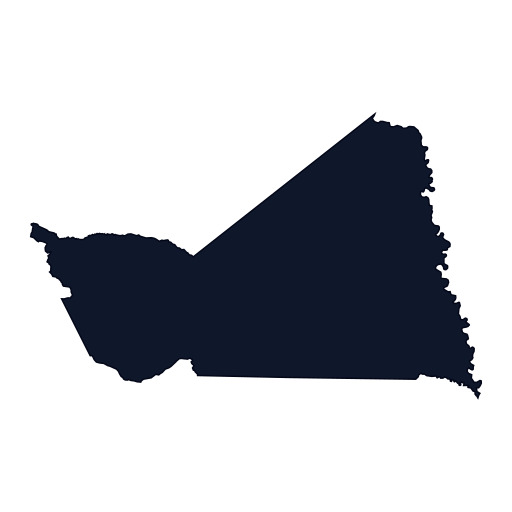 Loncopué, Neuquén, Argentina
{"feature_id": "61730980B52932124932957", "entity_name": "Loncopué", "entity_type": "district", "adm_level": 2, "iso_a3": "ARG", "parent_name": "Argentina", "parent_adm1": "Neuquén", "projection": "robinson", "projection_center": [-70.351, -38.002], "detail": "fine", "context": "isolated", "style": "filled", "palette": "ink", "viewbox_px": 512, "rotation_deg": 0, "n_neighbors": 0, "source": "geoboundaries", "source_scale": "gbopen_adm2", "svg_char_len": 6021}
<svg xmlns="http://www.w3.org/2000/svg" viewBox="0 0 512 512"><path d="M31.4,223.9L31.2,224.8L33.0,226.3L33.3,227.0L32.7,228.1L32.2,231.9L31.2,233.5L30.7,236.7L33.8,237.7L36.9,240.8L38.4,241.7L39.2,241.0L42.3,241.4L46.5,243.1L47.4,244.1L46.1,245.6L45.1,247.8L45.5,251.1L47.7,253.0L50.7,252.1L50.0,254.2L48.0,255.8L48.7,257.8L48.4,259.2L47.9,259.5L47.8,260.3L47.1,261.5L47.1,261.9L48.8,262.9L49.2,264.2L50.1,264.6L51.0,266.3L50.7,271.1L49.6,272.0L51.7,274.1L52.8,276.4L55.9,276.9L57.1,278.1L58.7,278.6L59.4,279.7L60.6,280.5L61.2,282.0L62.6,283.6L62.4,284.5L63.4,286.1L69.6,287.0L70.8,288.7L71.4,291.2L71.1,291.8L72.5,295.0L72.5,295.7L71.4,296.3L70.7,297.7L70.0,298.0L67.8,297.9L64.2,298.9L61.6,298.8L90.2,355.7L91.7,355.6L92.5,356.0L94.2,359.6L96.3,362.0L99.4,362.9L103.8,363.4L107.7,365.6L110.0,366.2L116.6,369.2L118.6,371.5L119.5,373.7L121.2,376.5L122.7,377.5L123.8,379.2L125.1,379.9L127.3,380.1L128.3,379.8L128.4,379.3L130.6,380.4L134.3,380.9L137.2,381.8L140.8,382.1L141.2,381.0L143.4,379.2L151.2,377.8L155.8,374.3L158.6,374.9L159.5,374.4L160.1,373.6L162.2,372.5L165.3,369.1L168.7,367.9L170.9,366.5L176.0,361.7L176.1,360.9L176.7,360.9L179.1,358.8L181.0,358.4L187.5,359.1L189.9,358.1L192.3,359.6L192.5,360.8L191.2,361.9L191.8,363.5L193.7,365.3L193.7,366.2L192.5,368.0L193.4,370.2L194.5,370.4L195.4,372.1L197.4,373.9L197.6,375.5L287.3,377.4L415.7,379.2L418.2,376.8L418.8,374.7L421.1,373.2L422.2,374.1L424.6,374.1L426.6,375.6L431.8,376.4L436.0,376.0L437.2,377.8L439.0,376.8L439.9,377.0L440.6,378.1L442.9,378.1L444.5,377.1L446.4,377.5L447.6,378.8L450.3,379.2L450.6,379.6L450.3,380.5L450.5,381.2L451.5,381.4L452.2,380.0L452.8,379.7L453.7,380.1L454.0,381.5L454.4,381.8L455.8,381.1L456.2,381.3L457.5,383.0L459.0,384.1L459.2,385.2L459.8,385.4L460.6,385.2L460.8,384.8L460.1,383.0L461.0,382.8L461.6,381.9L462.8,382.8L464.2,383.1L463.6,385.5L468.6,385.4L468.8,385.9L467.9,386.8L468.0,387.4L470.8,387.9L473.1,391.1L474.6,391.5L475.2,392.5L475.0,394.0L476.5,396.0L477.5,396.4L477.5,397.4L477.9,398.0L478.7,395.3L479.9,393.3L477.0,391.6L476.4,388.2L476.9,387.8L478.6,387.8L480.1,385.8L481.3,383.3L481.2,380.9L480.0,380.5L476.7,382.4L474.1,382.3L471.3,378.2L471.7,374.7L468.7,373.5L467.2,371.6L467.4,369.3L468.3,368.1L468.9,368.0L471.5,369.7L472.6,369.8L473.2,369.2L473.2,367.0L473.7,365.4L471.1,364.0L469.8,362.4L469.5,361.2L471.8,359.6L472.9,357.7L472.5,356.4L472.8,353.8L474.0,351.5L474.2,348.6L473.5,347.6L472.3,347.1L471.0,348.1L469.6,348.2L469.1,347.5L469.1,346.3L468.2,345.3L466.7,344.3L465.9,341.7L466.8,339.7L467.9,339.4L468.3,338.4L467.6,335.4L466.9,334.2L464.0,333.4L462.5,332.4L461.6,329.1L462.6,327.7L466.4,327.0L468.0,326.4L469.3,325.0L469.2,324.6L465.7,321.8L467.2,319.9L466.8,318.6L465.3,318.1L462.9,319.8L460.7,319.5L459.9,316.2L458.4,314.0L458.9,308.6L460.2,305.8L459.4,302.5L458.9,302.3L456.6,303.3L454.5,303.5L452.7,302.1L452.9,301.5L454.2,300.9L455.4,299.3L455.8,297.6L455.6,295.7L451.6,294.9L450.9,294.4L450.1,291.6L448.7,291.9L447.3,291.4L443.6,289.1L443.9,287.5L446.8,286.3L447.5,285.6L448.6,282.3L448.1,280.1L446.4,278.9L441.3,278.4L440.9,277.4L441.2,274.1L440.8,272.2L435.9,269.3L435.6,268.7L435.6,267.0L436.6,265.6L437.9,264.6L440.5,264.0L442.4,265.1L443.6,267.4L443.7,268.8L444.3,269.5L445.9,269.7L447.5,268.3L447.7,266.4L447.4,265.6L444.3,263.9L443.9,263.1L443.9,258.0L445.9,256.5L446.4,255.7L446.3,254.8L445.5,254.1L442.7,254.3L441.8,253.3L441.5,252.3L442.0,251.2L443.2,250.1L444.9,250.3L446.9,250.0L447.3,249.5L447.5,247.8L449.9,246.5L450.1,244.2L449.8,243.2L448.7,241.9L445.3,240.2L443.2,238.5L442.6,237.1L443.6,234.5L443.1,233.4L442.1,232.9L441.0,233.2L440.2,235.1L438.7,236.5L437.3,236.4L435.7,235.1L435.6,234.4L436.8,233.5L438.3,231.6L439.2,229.5L439.3,227.7L439.2,226.9L438.4,226.0L434.4,225.4L431.7,222.2L431.0,219.7L431.7,217.7L431.0,215.4L432.3,212.0L432.4,211.4L431.6,209.8L432.0,208.4L431.9,205.9L429.6,205.5L429.0,203.6L428.7,199.4L428.0,197.8L426.2,196.7L424.1,197.4L421.9,196.9L420.5,195.0L420.5,192.0L421.3,191.5L423.3,191.9L424.0,191.0L424.6,188.6L425.2,188.1L426.7,188.1L429.2,189.6L430.2,191.0L432.1,191.5L434.0,190.5L434.5,189.7L434.4,188.8L433.8,187.8L430.4,187.4L428.9,185.1L429.0,183.8L430.5,183.2L432.2,181.6L431.9,180.6L432.5,179.2L432.2,178.2L431.2,177.5L429.7,177.6L428.8,177.0L429.6,175.1L431.8,172.6L431.8,170.6L430.6,169.0L428.8,168.8L427.3,168.0L426.0,166.1L425.7,164.7L428.1,162.6L428.6,160.5L428.4,159.8L427.1,159.8L425.2,161.0L424.5,160.3L424.3,158.6L424.9,155.0L424.4,153.0L425.1,151.2L427.3,149.6L427.6,148.2L427.4,147.4L426.3,146.9L423.1,146.9L421.3,145.1L420.9,140.4L421.7,137.8L421.4,136.5L420.0,133.7L418.7,132.6L418.1,130.5L413.9,126.9L409.8,126.5L408.6,126.7L406.5,128.1L403.0,128.3L401.2,126.7L397.2,125.5L393.5,126.9L390.7,126.6L390.0,125.9L389.2,122.7L388.8,122.6L387.2,122.6L382.7,121.4L380.4,121.4L378.6,122.9L376.7,122.5L375.1,121.9L373.7,120.8L372.5,118.7L372.5,118.0L374.2,115.6L374.8,114.0L193.2,256.9L191.6,255.3L189.3,254.9L187.8,252.9L186.6,252.4L183.9,249.5L181.6,249.8L179.4,248.0L177.9,247.9L176.7,247.3L174.7,244.6L172.7,244.2L170.7,242.2L168.9,241.9L168.3,240.3L167.3,239.9L163.5,240.6L161.9,240.2L159.3,241.3L155.4,238.8L153.9,238.2L151.4,237.7L146.0,238.0L140.1,236.2L138.8,235.0L136.5,235.7L131.0,233.9L127.9,234.1L124.8,235.9L122.3,235.2L121.4,235.6L119.3,235.6L115.8,234.8L114.9,235.2L114.8,234.6L113.8,235.0L112.8,233.9L111.8,233.9L111.0,234.5L109.6,234.5L107.3,233.9L106.9,234.2L106.9,235.0L104.7,234.5L104.6,233.9L104.0,234.3L102.7,233.7L100.8,233.9L99.5,233.4L97.9,234.0L97.1,233.5L95.3,234.5L94.8,234.2L93.9,234.9L93.1,235.0L92.7,234.5L90.9,235.5L89.5,235.4L88.4,235.9L88.5,236.8L84.9,238.0L84.3,239.0L82.6,239.6L79.4,239.5L78.4,238.9L77.0,239.2L76.7,238.6L75.4,238.9L73.1,237.4L72.4,237.4L70.6,238.4L69.8,238.4L68.7,237.8L68.3,237.1L67.0,237.5L66.3,238.5L64.3,238.2L63.2,238.8L62.1,238.5L59.3,239.1L56.6,236.2L56.1,234.1L55.0,234.3L54.9,233.5L54.1,233.0L47.9,231.5L47.8,230.6L46.1,229.6L39.4,226.6L38.0,225.5L37.9,224.7L37.5,224.4L35.7,223.7L35.0,224.1L33.8,223.3L31.4,223.9Z" fill="#0f172a" stroke="#020617" stroke-width="1.5"/></svg>